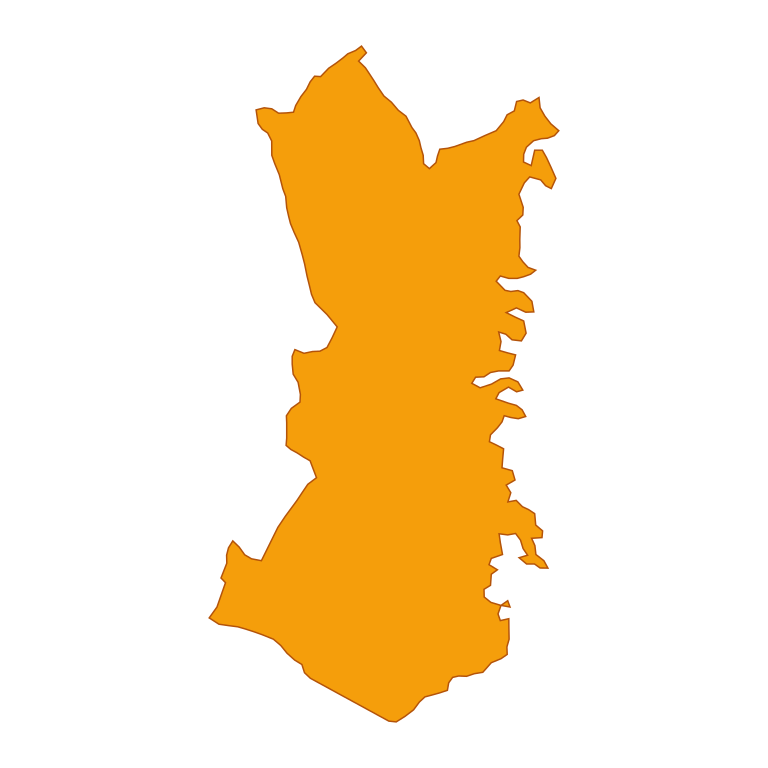 Redentora, Rio Grande do Sul, Brazil (Mercator projection)
{"feature_id": "56859067B65128822842334", "entity_name": "Redentora", "entity_type": "district", "adm_level": 2, "iso_a3": "BRA", "parent_name": "Brazil", "parent_adm1": "Rio Grande do Sul", "projection": "mercator", "projection_center": [-53.617, -27.564], "detail": "fine", "context": "isolated", "style": "filled", "palette": "amber", "viewbox_px": 768, "rotation_deg": 0, "n_neighbors": 0, "source": "geoboundaries", "source_scale": "gbopen_adm2", "svg_char_len": 3522}
<svg xmlns="http://www.w3.org/2000/svg" viewBox="0 0 768 768"><path d="M209.2,617.9L218.9,624.2L228.5,625.6L237.8,626.8L245.4,629.0L253.5,631.6L261.7,634.5L273.4,639.2L280.8,645.5L287.0,653.2L294.7,660.1L301.9,664.5L304.5,672.7L310.4,678.3L388.8,721.1L396.2,721.9L405.1,716.3L413.6,709.8L419.4,702.0L424.9,696.9L431.3,695.2L439.6,692.9L447.4,690.3L448.7,682.8L452.6,677.4L458.7,676.0L466.6,676.3L474.3,673.7L482.8,672.3L491.3,662.7L501.0,658.7L507.2,654.4L506.9,646.9L509.1,639.2L508.9,628.2L508.8,618.7L500.3,620.6L498.0,613.9L501.0,605.4L490.9,602.4L484.2,597.0L484.0,589.3L490.5,585.3L491.3,574.2L497.4,569.8L489.0,564.7L491.3,558.4L502.5,554.5L500.3,542.4L499.1,533.8L507.7,534.9L515.6,533.5L520.5,540.1L523.1,548.6L527.6,555.2L519.1,557.7L526.6,564.0L534.5,564.0L540.1,568.0L547.9,568.1L543.9,560.7L535.9,554.5L534.9,545.6L531.6,538.3L542.0,537.6L542.6,530.9L535.7,525.0L534.7,513.7L528.6,509.6L522.4,506.7L516.2,500.4L507.9,501.9L510.8,492.7L506.2,485.1L515.0,480.0L512.3,470.7L502.0,467.8L502.7,458.7L503.6,448.8L496.5,445.1L489.4,441.7L490.5,434.8L497.4,427.8L502.0,421.9L504.2,415.7L510.8,417.5L518.3,418.7L525.7,416.5L522.1,409.8L516.4,405.4L508.5,403.2L495.8,398.8L499.1,392.6L508.5,387.1L516.6,391.8L522.8,390.1L517.9,381.9L509.1,377.9L500.6,378.9L491.5,384.1L480.1,387.8L471.8,383.3L475.6,377.2L484.0,376.8L490.5,372.5L498.7,370.9L509.1,370.9L513.1,365.1L515.6,354.9L507.7,352.9L499.4,350.5L501.0,341.6L498.7,332.0L505.8,334.2L512.0,339.8L521.4,340.9L526.1,333.2L523.7,321.0L515.0,317.0L506.2,312.6L516.4,307.9L525.7,312.2L533.8,311.9L531.9,301.3L523.7,292.7L517.9,290.6L510.8,291.5L505.0,290.3L496.2,281.2L500.3,276.0L508.8,278.4L517.2,278.4L523.7,276.7L530.6,274.2L535.7,270.2L528.0,267.4L522.8,261.7L518.9,256.2L519.9,247.7L519.8,239.7L520.2,226.9L516.9,220.6L522.8,215.0L523.2,207.3L518.9,194.2L524.3,182.9L529.7,176.9L540.7,179.9L545.6,185.7L551.3,188.6L555.9,178.4L551.1,167.5L546.5,157.6L542.3,150.2L534.7,150.2L531.2,165.6L523.5,162.0L523.7,154.2L526.4,147.2L533.6,140.7L541.3,138.7L547.5,138.2L554.4,135.6L558.8,130.7L550.8,123.8L544.9,116.2L540.1,107.8L539.0,97.5L530.3,102.9L523.1,100.0L516.6,101.5L514.3,110.9L507.1,114.8L503.7,121.6L496.2,130.7L484.8,135.6L474.0,140.6L466.8,142.2L454.8,146.5L447.7,148.3L439.8,149.2L437.5,156.0L436.0,162.6L429.4,168.6L423.6,163.7L423.2,155.3L420.9,147.6L419.3,140.6L415.9,132.9L411.9,127.5L406.0,116.2L398.3,110.3L391.4,102.2L383.9,96.0L378.1,87.5L373.8,80.5L369.0,73.2L365.4,67.8L358.6,61.1L366.4,52.8L361.5,46.1L355.6,50.5L347.8,53.8L343.0,57.9L336.2,63.1L328.7,68.2L320.6,76.6L314.6,76.2L310.2,81.8L306.5,89.3L300.9,96.6L295.7,105.5L293.5,112.2L286.7,112.9L278.6,113.2L271.8,108.8L264.2,107.8L256.1,109.9L258.1,123.5L262.3,129.3L267.7,133.0L271.7,141.0L271.8,155.3L274.7,163.5L279.3,174.7L282.8,188.7L285.7,196.4L286.7,207.7L288.6,216.2L290.5,223.6L294.1,232.3L298.7,242.3L302.2,254.6L304.6,263.9L307.1,276.3L309.4,285.5L311.5,294.3L315.0,302.7L327.0,314.5L337.2,326.9L332.2,337.6L327.0,347.5L319.9,351.2L312.7,351.5L304.0,353.3L294.9,349.6L292.2,356.3L292.2,364.1L293.2,374.2L298.1,382.3L300.4,394.4L300.0,402.1L291.3,408.4L286.4,415.8L286.7,422.9L286.7,431.4L286.7,438.1L286.1,445.4L290.9,449.5L297.0,452.8L303.6,457.1L310.1,460.8L316.5,477.7L307.8,484.3L302.3,492.4L297.0,500.4L285.3,516.3L277.9,527.3L261.4,560.7L251.5,558.8L244.7,554.8L239.2,547.1L232.8,540.9L228.5,547.8L226.6,555.2L226.8,563.2L221.0,578.0L225.5,582.7L217.0,607.0L209.2,617.9ZM501.0,605.4L510.0,607.0L507.7,600.7L501.0,605.4Z" fill="#f59e0b" stroke="#b45309" stroke-width="1.5"/></svg>